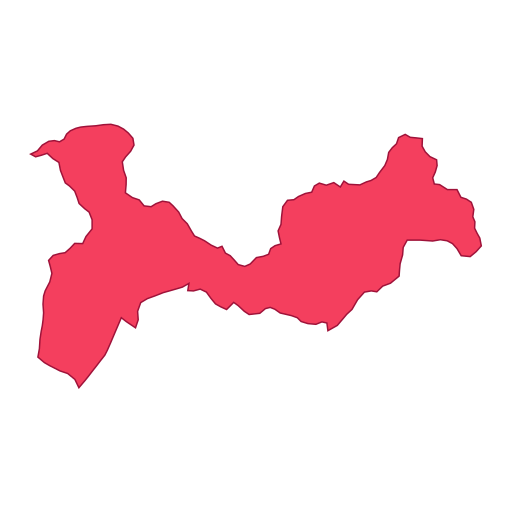 Dias d'Ávila, Bahia, Brazil
{"feature_id": "56859067B71417853193151", "entity_name": "Dias d'Ávila", "entity_type": "district", "adm_level": 2, "iso_a3": "BRA", "parent_name": "Brazil", "parent_adm1": "Bahia", "projection": "robinson", "projection_center": [-38.284, -12.606], "detail": "fine", "context": "isolated", "style": "filled", "palette": "rose", "viewbox_px": 512, "rotation_deg": 0, "n_neighbors": 0, "source": "geoboundaries", "source_scale": "gbopen_adm2", "svg_char_len": 2808}
<svg xmlns="http://www.w3.org/2000/svg" viewBox="0 0 512 512"><path d="M343.9,181.1L340.3,187.0L333.8,182.6L326.3,185.2L319.3,183.1L314.4,186.0L311.7,192.2L305.3,193.5L298.5,196.5L293.9,199.7L287.5,200.3L282.8,206.7L281.6,216.5L281.0,224.4L278.1,230.9L279.5,237.8L281.0,243.9L275.0,245.7L270.7,248.6L268.6,254.3L263.3,256.3L256.4,257.6L250.2,264.0L244.8,266.4L238.2,264.6L234.1,259.9L230.2,255.7L225.4,253.1L222.0,246.3L217.5,248.1L211.1,245.1L204.6,240.8L199.7,238.3L194.5,236.0L191.4,231.0L187.3,223.8L182.1,218.6L178.7,212.1L173.0,205.8L169.2,202.3L162.5,201.2L155.9,203.7L151.1,206.7L144.1,205.9L139.2,199.9L132.4,197.6L125.4,192.8L126.1,184.6L126.2,177.8L123.6,170.4L122.3,161.8L125.6,156.9L130.6,151.3L134.0,145.1L132.9,138.3L128.3,133.0L123.6,129.1L118.0,126.1L110.9,124.3L103.6,124.7L95.7,125.8L86.8,126.4L80.6,127.1L75.9,128.3L70.3,130.8L66.6,134.1L64.1,139.1L59.5,141.8L54.4,140.6L48.8,141.3L42.3,145.1L37.4,150.9L30.7,154.1L35.6,156.8L41.2,155.3L47.2,153.3L52.9,158.6L58.9,162.4L60.5,170.5L63.3,177.8L65.3,182.9L69.5,186.0L74.7,191.1L77.2,197.6L79.1,203.5L84.8,208.8L89.1,212.1L92.1,219.7L92.1,228.9L86.0,236.5L82.7,243.6L74.7,243.4L70.0,248.4L65.1,252.7L59.5,253.6L53.2,255.4L48.6,260.4L50.3,266.6L51.9,273.4L49.8,281.9L45.2,290.8L43.6,296.0L43.0,304.1L43.6,312.8L43.1,319.6L42.3,325.7L41.2,331.3L40.0,339.3L39.4,348.7L37.9,357.1L44.4,362.6L49.6,365.6L60.0,370.9L67.7,373.5L74.9,379.4L78.9,387.7L85.1,380.4L88.4,376.3L92.3,371.2L96.7,365.6L100.6,360.5L104.8,355.2L107.3,350.3L110.6,342.8L115.1,332.2L121.3,317.7L126.3,321.6L135.5,327.8L138.2,319.8L137.6,311.3L140.7,302.6L147.4,298.6L154.9,295.9L163.3,292.6L169.4,290.9L176.7,288.8L182.4,287.1L188.9,283.4L187.8,290.6L193.5,290.9L200.2,289.1L206.4,292.1L210.9,298.3L215.5,303.9L220.7,306.8L226.6,309.5L233.7,302.4L238.2,305.6L244.3,311.3L249.1,314.5L259.8,313.3L265.4,308.6L270.2,307.4L274.8,309.2L280.2,313.0L286.7,314.5L291.4,315.6L297.3,317.7L301.1,321.5L307.9,323.6L315.9,324.3L321.9,321.9L326.9,323.0L327.9,330.7L337.3,325.4L343.1,318.6L346.7,314.3L352.0,309.4L357.6,299.7L364.4,292.1L371.3,290.9L376.8,291.8L382.7,286.1L390.5,283.2L399.1,276.1L399.5,270.4L400.1,263.8L402.6,254.9L403.2,247.4L407.2,240.1L420.1,240.1L432.7,241.0L440.4,239.7L447.2,240.8L452.5,243.6L457.0,248.6L461.2,255.7L470.2,256.6L476.1,251.7L481.3,245.9L479.8,238.1L477.1,233.3L474.6,228.2L474.9,221.8L472.8,216.8L473.8,209.4L471.3,202.3L466.4,199.1L460.9,197.3L457.0,189.6L447.4,189.6L439.6,184.6L434.3,184.0L432.7,177.8L435.3,172.0L437.1,165.6L436.6,159.8L429.9,156.6L425.2,151.8L422.1,146.2L422.4,138.6L416.3,137.9L410.2,137.3L405.2,134.4L398.6,137.6L396.5,143.8L392.3,147.7L388.7,152.4L387.4,159.5L384.8,165.6L379.6,172.4L376.2,177.5L371.0,180.5L366.4,181.9L359.9,184.9L354.2,184.6L348.6,184.3L343.9,181.1Z" fill="#f43f5e" stroke="#9f1239" stroke-width="1.5"/></svg>